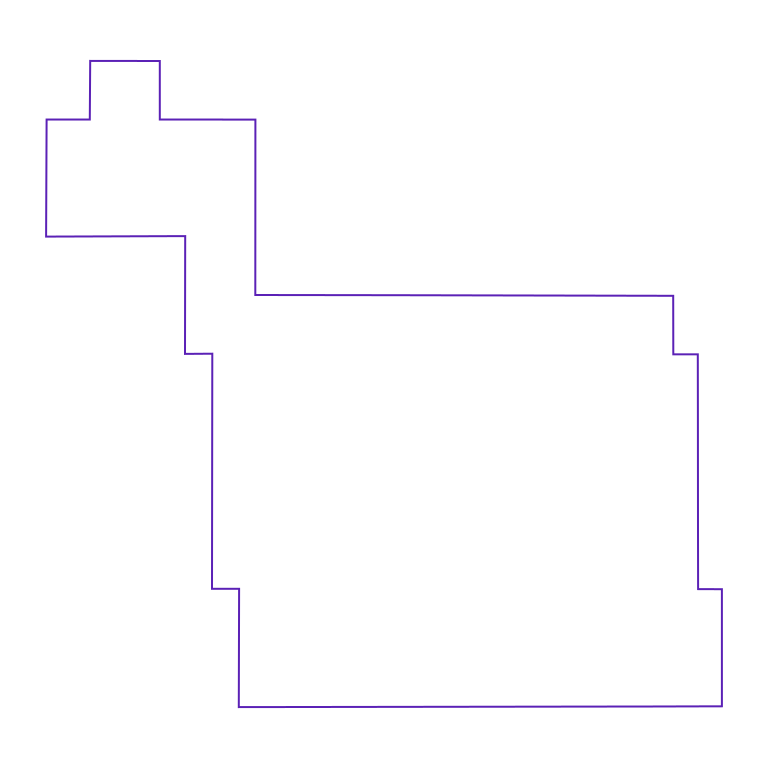 Ward, North Dakota, United States of America (Robinson projection)
{"feature_id": "52423323B63405803062554", "entity_name": "Ward", "entity_type": "district", "adm_level": 2, "iso_a3": "USA", "parent_name": "United States of America", "parent_adm1": "North Dakota", "projection": "robinson", "projection_center": [-101.622, 48.327], "detail": "fine", "context": "isolated", "style": "outline", "palette": "violet", "viewbox_px": 768, "rotation_deg": 0, "n_neighbors": 0, "source": "geoboundaries", "source_scale": "gbopen_adm2", "svg_char_len": 432}
<svg xmlns="http://www.w3.org/2000/svg" viewBox="0 0 768 768"><path d="M159.8,61.0L90.2,60.9L89.8,119.5L46.6,119.5L46.1,236.6L185.2,236.1L185.0,353.9L212.3,353.7L212.0,588.8L239.1,588.8L238.8,707.1L652.9,706.5L721.9,706.3L721.9,589.2L698.1,589.1L698.0,530.7L697.9,413.6L697.8,354.3L673.3,354.3L673.2,295.8L533.8,295.5L394.3,295.2L255.3,295.0L255.4,119.6L159.8,119.5L159.8,61.0Z" fill="none" stroke="#5b21b6" stroke-width="2"/></svg>